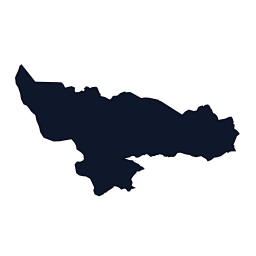 Guayanilla, Puerto Rico, rotated 88°
{"feature_id": "32010507B36616514861103", "entity_name": "Guayanilla", "entity_type": "district", "adm_level": 2, "iso_a3": "PRI", "parent_name": "Puerto Rico", "parent_adm1": "", "projection": "mercator", "projection_center": [-66.788, 18.044], "detail": "fine", "context": "isolated", "style": "filled", "palette": "ink", "viewbox_px": 256, "rotation_deg": 88, "n_neighbors": 0, "source": "geoboundaries", "source_scale": "gbopen_adm2", "svg_char_len": 2752}
<svg xmlns="http://www.w3.org/2000/svg" viewBox="0 0 256 256"><g transform="rotate(88 128 128)"><path d="M61.6,232.4L62.6,233.6L66.0,234.7L66.8,235.0L70.3,236.7L70.9,237.0L71.0,237.1L73.9,238.4L75.8,238.2L77.3,238.1L79.7,237.9L81.6,236.8L83.4,235.7L89.1,234.0L89.5,233.9L95.3,233.1L98.7,231.6L100.1,231.0L101.6,227.8L102.7,227.0L104.0,226.0L107.7,223.6L108.6,222.7L111.6,219.4L111.8,219.4L117.0,218.6L123.3,216.2L128.9,215.1L134.1,212.2L136.0,207.8L137.8,203.4L138.1,202.7L138.1,196.7L138.1,196.4L137.5,192.3L137.1,189.3L136.5,184.8L136.5,184.5L137.6,183.7L140.2,181.6L142.5,180.4L143.6,179.8L147.1,179.5L148.3,177.9L148.7,177.3L150.2,175.3L152.9,172.9L156.6,172.4L157.1,172.5L159.0,172.9L160.6,176.1L160.8,176.6L160.5,179.8L162.6,181.8L170.7,180.7L172.8,178.3L173.2,177.4L174.1,173.2L174.0,172.0L176.8,167.1L184.5,163.8L186.8,163.0L189.2,164.1L192.7,163.0L194.4,159.2L193.0,155.7L190.9,153.4L191.1,152.3L189.7,150.9L186.7,145.7L184.7,144.0L185.5,141.0L186.7,138.5L188.5,136.7L187.5,133.5L188.4,131.7L190.7,130.1L190.7,128.8L188.6,127.3L187.9,124.2L186.3,127.2L182.6,126.1L179.3,127.4L176.8,125.8L173.8,123.2L172.9,121.9L171.6,121.8L170.9,120.1L171.1,118.3L170.2,117.1L169.2,114.0L168.0,115.0L167.2,117.1L165.0,119.0L162.7,123.7L161.1,124.8L160.9,127.9L159.5,131.3L158.7,134.1L157.6,133.1L156.6,127.3L155.5,126.1L155.4,122.2L157.2,120.8L157.2,118.8L154.7,114.1L155.0,112.8L153.8,110.6L154.6,108.7L156.9,106.2L156.2,104.6L156.2,102.3L155.1,100.9L155.4,99.6L154.5,97.2L155.6,93.6L157.1,92.4L157.4,90.4L156.6,89.2L157.8,88.5L157.5,85.5L157.8,83.6L156.8,82.0L154.2,80.1L153.6,77.0L155.7,70.8L155.9,69.9L156.4,66.7L157.1,65.9L157.9,64.3L158.8,61.1L157.8,55.0L158.9,54.3L161.3,50.4L163.3,49.2L162.3,46.4L159.9,43.2L159.6,39.9L158.7,36.4L154.7,30.5L155.5,28.7L154.2,26.5L154.3,21.9L151.7,23.1L149.1,23.2L147.8,24.4L146.9,23.3L141.3,20.8L139.6,20.2L137.7,17.6L137.3,17.6L134.7,19.8L132.7,22.6L131.8,22.6L128.8,22.1L127.6,23.7L125.9,22.9L122.7,23.7L121.1,24.5L121.1,26.3L122.8,30.3L123.6,35.9L124.2,36.7L124.1,37.7L119.8,39.0L117.6,40.8L116.4,43.0L112.4,44.4L111.9,45.3L109.4,46.1L108.0,47.5L108.4,50.0L110.2,51.8L108.8,53.1L110.0,56.4L113.4,58.2L114.2,61.6L112.5,66.5L114.1,69.8L117.5,73.3L110.4,83.8L109.7,84.7L104.8,91.9L103.0,94.5L102.4,96.2L101.5,97.0L99.3,105.7L98.8,109.8L99.3,113.7L98.5,115.3L93.3,123.9L92.8,125.2L93.1,128.7L92.2,130.3L93.6,134.2L95.6,136.7L96.1,138.2L96.1,141.5L98.6,143.3L99.9,145.2L96.9,150.3L95.7,155.0L93.4,154.9L92.6,155.8L87.0,157.8L86.4,158.7L86.7,162.5L87.9,165.3L86.4,166.2L85.6,168.1L87.2,169.8L88.1,169.1L90.0,169.9L90.5,171.9L89.7,172.9L91.2,175.7L91.1,180.0L88.3,180.8L86.3,180.3L85.0,183.1L86.3,189.9L82.5,191.6L80.7,193.4L80.6,195.7L79.2,219.4L61.6,232.4Z" fill="#0f172a" stroke="#020617" stroke-width="1.5"/></g></svg>